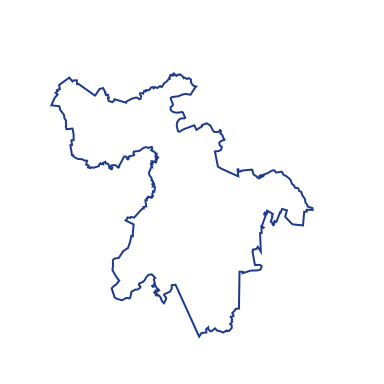 Medellín, Veracruz, Mexico, rotated 344°
{"feature_id": "50627088B273730145329", "entity_name": "Medellín", "entity_type": "district", "adm_level": 2, "iso_a3": "MEX", "parent_name": "Mexico", "parent_adm1": "Veracruz", "projection": "orthographic", "projection_center": [-96.165, 18.992], "detail": "fine", "context": "isolated", "style": "outline", "palette": "blue", "viewbox_px": 384, "rotation_deg": 344, "n_neighbors": 0, "source": "geoboundaries", "source_scale": "gbopen_adm2", "svg_char_len": 6002}
<svg xmlns="http://www.w3.org/2000/svg" viewBox="0 0 384 384"><g transform="rotate(344 192 192)"><path d="M219.6,131.7L213.4,133.5L212.6,128.5L201.1,129.4L196.7,130.6L195.7,130.2L195.3,129.2L195.6,124.1L197.0,120.8L199.9,118.6L201.9,118.3L204.7,119.1L205.9,118.7L205.2,113.3L204.7,112.4L200.1,111.8L197.9,111.1L195.2,109.2L194.3,107.7L194.1,106.6L195.0,104.5L196.8,103.8L197.9,102.7L197.3,97.2L197.5,95.8L198.7,95.2L205.4,96.2L209.0,95.7L212.7,95.9L217.4,98.1L223.5,92.7L225.1,91.8L222.9,90.5L221.5,87.6L221.3,86.0L222.0,83.7L221.4,82.7L219.9,81.6L218.3,82.0L216.6,80.1L215.4,80.3L215.1,78.7L213.0,75.6L211.5,75.8L210.6,75.3L209.0,76.1L207.3,73.0L206.8,73.0L206.2,74.9L205.6,74.9L204.7,73.7L203.3,73.7L203.0,75.0L201.7,75.6L201.8,77.1L200.5,77.1L198.1,78.8L194.9,80.0L192.1,82.7L191.3,82.5L191.0,81.6L189.9,81.5L187.4,82.5L185.0,80.8L183.7,81.8L183.0,80.3L181.3,80.3L179.2,82.0L177.4,82.1L176.4,81.4L175.4,82.4L174.9,81.6L174.1,81.5L172.1,84.0L171.4,83.3L169.3,82.8L169.0,84.2L169.5,86.0L168.1,88.4L166.8,88.2L165.4,86.2L163.6,85.7L160.1,85.7L155.4,86.6L153.8,87.1L153.3,88.0L143.1,81.5L142.3,82.6L140.3,83.7L137.0,81.5L137.0,78.5L138.0,78.5L138.0,75.2L136.0,75.2L135.8,72.7L136.2,72.5L135.2,67.6L131.5,67.5L125.5,72.6L125.1,72.4L112.7,56.9L111.3,56.7L112.0,52.8L108.3,52.1L107.5,52.7L105.6,48.2L93.8,52.5L93.2,57.8L93.2,56.4L90.3,56.9L90.7,58.0L88.2,59.1L89.7,61.2L85.7,63.9L80.7,69.9L88.1,73.0L88.0,76.9L90.2,82.6L89.7,86.3L90.6,88.4L89.6,91.6L89.5,93.4L88.8,94.0L88.6,97.0L94.6,98.1L94.1,104.0L92.5,109.5L90.3,109.1L89.6,113.7L88.0,113.5L86.8,123.5L87.7,123.9L87.4,124.2L88.7,126.2L91.1,128.6L95.6,130.3L97.1,132.0L99.7,133.0L97.8,136.5L99.9,138.0L98.8,139.7L100.7,140.9L101.1,140.3L103.8,141.5L109.5,141.5L110.7,139.7L111.6,139.3L111.6,139.7L114.2,140.9L114.3,139.6L117.0,139.1L116.9,140.8L118.7,141.5L119.5,142.8L119.2,146.2L120.5,147.7L121.1,147.9L121.9,147.3L122.2,146.6L121.3,145.4L121.4,144.6L122.5,144.2L126.1,145.3L127.6,148.1L128.3,148.3L129.0,147.8L129.3,146.3L130.3,145.7L136.6,139.1L138.6,140.0L138.7,142.1L139.0,142.8L139.7,143.0L140.2,142.7L141.0,140.5L146.4,140.6L146.7,140.2L146.4,138.4L147.2,137.1L152.8,138.0L157.0,136.4L159.6,136.2L160.6,136.3L162.4,137.8L165.0,137.3L166.0,138.0L165.6,138.6L165.5,140.4L166.0,140.4L164.4,140.6L165.4,141.9L166.8,142.8L167.6,144.6L168.3,145.2L167.5,145.4L167.4,146.6L167.9,146.7L167.7,147.5L168.5,148.3L168.9,149.6L168.5,149.8L167.6,148.4L167.0,148.2L167.4,149.2L166.6,149.3L166.3,150.1L166.9,150.5L167.0,151.2L166.1,151.2L165.3,152.2L166.0,152.9L165.5,153.7L165.0,153.6L164.4,152.6L162.9,152.5L162.8,151.6L161.7,151.3L161.9,152.5L160.7,153.0L161.6,154.2L160.2,154.5L160.8,156.5L160.6,157.3L159.8,156.7L155.8,161.8L155.8,164.4L156.8,166.8L156.9,168.8L156.3,169.5L157.5,171.0L157.1,171.5L157.9,174.2L157.2,174.8L156.7,174.5L156.9,173.4L156.0,173.6L156.7,175.4L156.0,176.0L157.0,176.2L157.8,177.1L155.8,181.4L154.6,180.7L153.0,184.1L153.3,184.7L152.5,184.7L152.5,186.0L152.1,186.3L151.3,186.4L149.8,184.9L149.0,185.2L148.4,184.5L147.6,185.1L147.5,185.7L146.5,185.8L146.3,187.4L144.9,187.1L144.0,193.3L141.2,193.0L141.0,194.6L139.5,194.4L129.4,200.6L126.4,199.2L125.5,199.9L123.1,198.7L121.7,200.3L120.3,201.0L127.0,207.1L124.4,213.5L122.9,218.3L121.6,217.4L118.4,223.4L115.1,228.1L109.6,229.9L103.4,235.2L99.3,234.6L97.5,235.4L96.9,236.4L96.0,240.5L94.0,245.2L95.7,252.3L97.6,257.2L93.4,260.1L90.6,261.0L88.2,262.5L88.6,272.0L90.0,273.7L94.4,276.5L95.2,276.7L99.8,275.7L102.8,277.1L104.0,275.7L106.4,271.1L110.8,270.2L112.7,270.8L115.4,269.9L116.4,269.0L115.5,267.1L115.8,265.5L120.2,264.8L122.1,263.8L124.7,261.2L127.3,259.7L130.5,260.0L133.0,264.4L131.8,264.8L131.1,265.8L131.2,269.2L130.0,270.1L130.0,270.8L127.8,271.3L128.2,272.4L131.0,271.6L130.9,272.8L131.6,274.0L131.8,275.9L132.3,276.4L132.8,276.2L133.3,277.4L130.4,278.4L129.8,276.8L128.0,278.1L128.6,279.2L128.9,281.4L130.1,281.9L130.5,281.0L131.8,282.5L132.9,285.2L132.7,286.2L133.3,289.4L134.4,291.2L137.4,288.0L138.0,286.6L136.7,283.4L137.4,282.6L143.5,281.7L145.8,279.3L146.8,276.0L150.6,276.6L159.0,333.0L162.2,330.2L167.1,331.0L167.9,327.7L170.3,326.6L170.0,328.6L171.2,331.0L172.6,331.1L176.5,329.4L178.0,332.2L180.2,333.3L183.3,335.7L186.1,334.9L187.0,335.3L187.0,334.8L187.3,334.8L189.3,335.8L192.7,333.6L193.4,330.8L192.3,329.5L194.8,327.9L194.8,326.4L195.5,325.7L194.9,322.6L197.6,322.9L197.9,321.2L197.3,319.9L197.6,319.2L199.3,318.5L201.8,316.3L205.0,317.0L215.7,281.7L218.8,282.7L218.3,284.0L226.6,283.7L233.3,285.4L236.4,285.4L238.1,283.4L238.5,282.7L237.4,280.8L232.4,279.6L233.7,265.9L234.6,265.2L234.8,264.1L237.9,264.6L240.1,262.9L241.7,268.3L246.1,250.3L247.7,250.6L249.1,244.5L250.7,246.2L251.1,246.0L249.4,244.4L250.5,243.0L256.5,234.7L255.2,233.4L256.1,232.0L257.8,233.6L258.7,232.6L258.0,231.9L259.1,230.6L263.7,235.5L262.5,236.7L262.1,237.7L262.4,238.1L259.5,242.3L260.6,243.4L260.6,245.8L261.3,246.4L263.3,243.6L262.9,243.2L263.4,242.6L265.0,243.9L270.9,235.9L271.4,236.3L273.9,233.1L278.2,235.8L274.7,241.5L279.2,250.0L280.2,251.0L289.5,254.7L294.4,241.9L296.7,242.5L297.3,240.7L303.1,242.5L303.3,240.6L299.2,237.9L299.3,236.2L298.2,233.3L298.6,229.8L297.1,225.3L297.1,222.1L295.3,220.5L295.3,218.7L294.6,217.2L292.4,216.5L291.7,213.5L290.3,211.7L290.0,207.2L287.4,203.2L284.4,200.2L284.2,197.7L283.8,197.2L278.2,196.5L277.0,193.8L275.5,193.5L272.2,194.0L270.8,194.6L265.9,195.1L265.5,196.1L264.9,196.3L264.9,195.1L264.0,195.0L263.6,195.4L263.6,196.6L263.0,196.6L262.9,195.0L261.6,194.9L261.2,195.2L261.3,197.2L260.1,197.3L260.1,196.5L258.6,195.9L258.1,194.4L256.2,192.5L255.9,191.0L256.1,187.7L255.5,187.5L255.5,186.9L245.3,185.1L245.1,185.6L242.5,185.5L242.8,182.9L242.0,182.8L240.8,189.7L226.7,177.7L223.9,174.8L225.2,159.3L229.0,160.0L231.5,159.5L233.1,157.0L231.5,154.6L231.7,152.4L232.5,151.6L235.2,150.8L237.4,151.0L237.7,150.6L237.1,149.2L236.8,145.4L235.4,143.4L236.6,141.6L236.6,140.7L236.0,140.2L235.1,141.1L233.0,141.4L229.9,140.3L229.0,138.4L228.0,133.2L225.1,130.0L219.9,130.5L219.6,131.7Z" fill="none" stroke="#1e3a8a" stroke-width="2"/></g></svg>